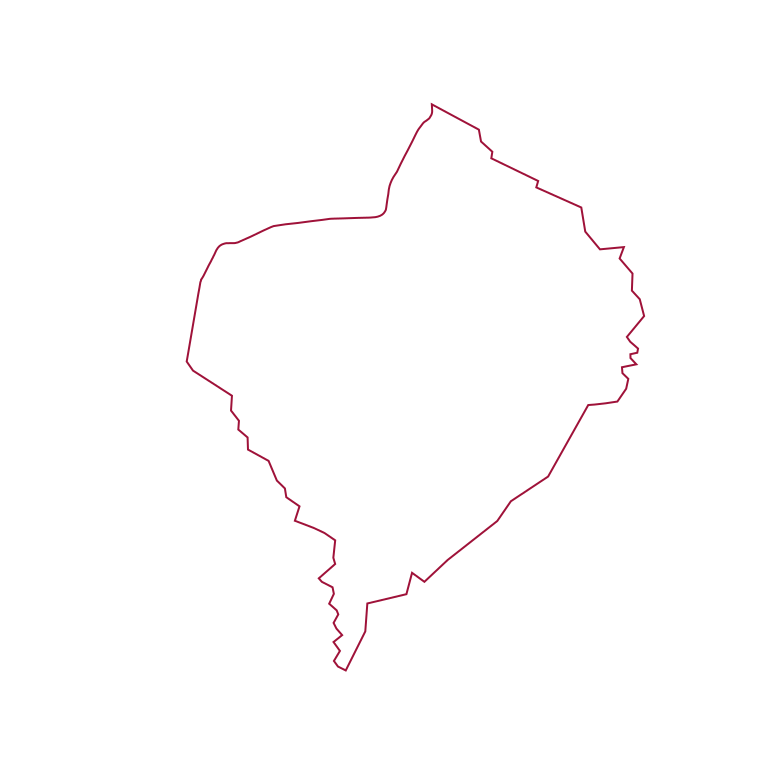 Florencio Sánchez, Colonia, Uruguay, rotated 300°
{"feature_id": "84410073B84166210474683", "entity_name": "Florencio Sánchez", "entity_type": "district", "adm_level": 2, "iso_a3": "URY", "parent_name": "Uruguay", "parent_adm1": "Colonia", "projection": "natural_earth1", "projection_center": [-57.354, -33.964], "detail": "fine", "context": "isolated", "style": "outline", "palette": "rose", "viewbox_px": 768, "rotation_deg": 300, "n_neighbors": 0, "source": "geoboundaries", "source_scale": "gbopen_adm2", "svg_char_len": 2230}
<svg xmlns="http://www.w3.org/2000/svg" viewBox="0 0 768 768"><g transform="rotate(300 384 384)"><path d="M234.5,502.7L232.9,517.9L263.4,527.1L322.0,550.6L345.9,552.5L385.9,572.4L467.9,571.4L471.6,576.8L478.1,585.6L485.5,594.9L501.0,596.1L510.6,593.0L512.6,585.1L517.5,581.7L522.8,587.7L527.2,592.7L529.7,584.5L533.0,582.5L537.7,587.7L541.7,586.3L543.7,576.1L546.2,570.8L572.9,575.3L585.3,563.1L588.8,552.0L603.9,544.0L610.5,525.3L622.5,523.3L608.6,503.7L616.6,482.1L635.5,466.6L630.4,417.6L636.9,416.0L633.1,364.1L639.3,361.7L642.5,346.8L651.7,339.0L650.1,285.6L645.5,288.6L644.2,289.4L643.1,289.9L641.8,290.3L640.4,290.5L636.7,290.4L634.9,289.7L633.0,288.9L632.1,288.4L630.8,287.8L629.2,287.4L627.4,287.2L622.6,286.6L621.2,286.5L618.7,286.5L615.1,286.7L608.0,287.2L598.0,287.7L591.8,287.9L582.9,288.4L574.3,289.1L568.1,288.7L564.5,288.8L561.3,289.2L558.3,289.8L554.9,290.9L550.5,292.8L545.6,294.6L541.4,296.3L538.0,297.7L535.8,298.5L534.0,298.6L531.8,298.4L529.9,297.8L527.8,296.6L525.8,294.9L524.1,293.0L521.0,288.5L514.1,277.2L506.8,265.5L502.2,258.0L500.1,254.7L495.2,248.4L488.4,239.3L480.4,228.9L473.1,218.9L467.6,212.0L465.6,209.5L463.4,207.7L456.4,202.7L445.1,195.0L435.9,188.3L434.3,187.2L433.4,186.5L432.5,185.5L431.8,184.8L431.0,183.7L430.4,182.7L429.8,181.6L428.8,179.9L427.8,178.3L427.4,177.5L426.9,176.8L426.0,175.8L424.8,174.7L423.8,173.9L422.6,173.2L421.3,172.6L419.7,172.2L418.5,172.0L417.7,172.0L416.4,171.9L414.9,172.0L410.8,172.4L409.8,172.4L407.4,172.6L406.1,172.6L403.5,172.8L403.0,172.8L398.8,172.9L397.6,173.0L387.6,173.6L385.5,173.6L383.3,173.5L383.0,173.4L382.6,173.6L382.4,173.7L381.9,173.8L381.5,173.9L381.1,174.0L380.7,174.0L380.3,174.1L375.2,176.0L369.0,178.2L364.7,179.8L310.0,200.0L304.8,201.9L300.1,211.9L297.8,258.2L284.5,264.8L279.6,276.8L271.7,280.6L269.5,292.6L259.2,299.0L259.7,322.5L246.8,339.5L244.0,350.4L237.1,356.0L235.8,372.0L221.0,375.2L224.2,395.1L225.2,406.9L224.2,419.9L208.2,427.0L203.7,431.7L183.1,424.7L181.6,429.1L182.2,441.1L177.2,445.5L166.3,446.4L164.3,456.2L161.6,459.6L151.9,459.8L148.4,465.1L145.6,473.3L135.3,469.3L130.8,479.3L119.1,479.1L116.3,485.4L116.8,494.1L160.4,491.5L185.6,479.3L213.2,508.5L234.5,502.7Z" fill="none" stroke="#9f1239" stroke-width="2"/></g></svg>